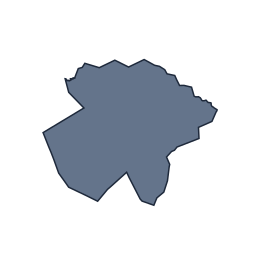 Chuluut, Arhangay, Mongolia, rotated 234°
{"feature_id": "93677404B8856161133659", "entity_name": "Chuluut", "entity_type": "district", "adm_level": 2, "iso_a3": "MNG", "parent_name": "Mongolia", "parent_adm1": "Arhangay", "projection": "natural_earth1", "projection_center": [100.382, 47.497], "detail": "fine", "context": "isolated", "style": "filled", "palette": "slate", "viewbox_px": 256, "rotation_deg": 234, "n_neighbors": 0, "source": "geoboundaries", "source_scale": "gbopen_adm2", "svg_char_len": 2090}
<svg xmlns="http://www.w3.org/2000/svg" viewBox="0 0 256 256"><g transform="rotate(234 128 128)"><path d="M191.7,101.0L170.1,104.1L174.2,56.6L159.4,52.8L153.4,51.4L145.9,49.4L132.2,45.4L119.6,45.3L115.0,45.2L97.3,54.8L86.6,60.4L90.4,75.4L90.7,79.1L93.0,100.9L86.9,99.7L86.7,99.7L63.4,96.1L60.6,96.4L50.3,103.5L54.5,110.3L55.1,119.3L62.1,128.9L72.2,138.3L74.0,140.3L81.9,142.1L83.4,149.4L82.7,152.5L83.8,156.5L77.8,179.3L87.1,185.4L84.0,199.8L89.2,208.7L89.4,209.4L89.7,210.0L90.0,210.4L90.3,210.8L90.6,210.8L91.1,210.5L91.8,210.3L92.7,209.9L93.3,209.6L93.7,209.5L94.3,209.4L94.8,209.3L95.4,208.9L95.9,208.7L96.3,208.6L96.8,208.7L97.3,208.8L97.8,208.9L98.1,209.1L98.6,209.4L99.2,209.8L99.6,209.9L99.8,209.8L101.6,207.8L102.1,207.8L102.6,207.6L103.4,207.6L104.3,207.6L104.6,207.5L104.8,207.2L105.0,206.4L105.3,205.7L105.8,204.9L106.4,204.2L107.1,204.0L108.1,204.1L108.6,204.2L109.2,204.2L110.1,204.2L110.6,203.9L111.4,203.6L111.8,203.5L112.2,202.8L112.6,202.2L113.1,201.5L113.6,200.9L114.9,200.2L123.7,203.4L129.6,198.3L132.1,194.7L138.3,195.7L143.0,196.7L148.9,191.4L153.6,192.0L159.4,189.7L163.1,186.4L173.9,181.3L177.0,164.3L190.6,157.2L193.7,140.2L205.7,131.1L203.9,126.6L205.3,122.7L200.0,114.5L199.7,114.5L199.6,114.4L199.6,114.2L199.9,114.0L200.1,113.9L200.3,113.7L200.5,113.5L200.6,113.4L200.7,113.1L200.4,113.1L200.2,113.1L200.0,112.9L200.0,112.7L200.3,112.6L200.3,112.4L200.5,112.3L200.5,112.2L200.7,111.9L200.3,112.0L200.4,111.7L200.6,111.6L200.7,111.4L200.8,111.3L200.8,111.2L201.0,111.0L200.9,111.0L200.7,111.0L200.5,110.9L200.6,110.7L200.8,110.5L200.9,110.4L200.7,110.4L200.7,110.2L200.4,110.1L200.4,109.9L200.4,109.7L200.5,109.7L200.5,109.4L200.7,109.1L200.6,108.9L200.7,108.7L200.6,108.4L200.7,108.2L200.8,108.1L201.0,108.2L201.1,108.3L201.2,108.2L201.3,108.0L201.5,107.9L201.5,107.7L201.6,107.4L201.8,107.3L201.8,107.2L202.0,107.0L202.2,106.9L202.2,106.7L202.3,106.7L202.5,106.7L202.8,106.7L203.0,106.7L203.3,106.7L203.5,106.6L203.9,106.6L204.1,106.7L204.3,106.6L204.5,106.5L204.7,106.2L204.8,106.1L191.7,101.0Z" fill="#64748b" stroke="#1e293b" stroke-width="1.5"/></g></svg>